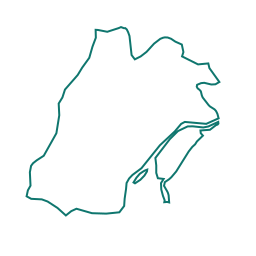 the border of Lisboa, rotated 11°
{"feature_id": "PRT-746", "entity_name": "Lisboa", "entity_type": "District", "adm_level": 1, "iso_a3": "PRT", "parent_name": "Portugal", "parent_adm1": "", "projection": "robinson", "projection_center": [-9.064, 38.994], "detail": "fine", "context": "isolated", "style": "outline", "palette": "teal", "viewbox_px": 256, "rotation_deg": 11, "n_neighbors": 0, "source": "natural_earth", "source_scale": "10m", "svg_char_len": 1744}
<svg xmlns="http://www.w3.org/2000/svg" viewBox="0 0 256 256"><g transform="rotate(11 128 128)"><path d="M215.1,101.2L204.0,109.0L182.6,111.2L179.4,113.8L174.6,122.4L162.6,138.9L148.9,164.9L141.3,173.3L138.7,177.4L137.1,182.3L137.7,188.1L138.2,198.1L139.1,205.3L135.6,212.4L123.0,216.2L108.9,218.5L92.8,217.1L88.2,220.4L83.7,225.7L74.0,219.9L63.1,215.5L57.0,214.5L46.5,216.0L41.5,214.4L41.6,208.3L43.3,203.2L40.1,190.1L40.1,183.6L41.5,180.7L44.5,177.2L50.6,171.3L58.7,146.8L58.1,128.6L55.3,117.2L57.8,110.5L58.8,102.3L68.5,85.6L71.5,77.5L76.6,66.5L77.6,55.0L79.2,45.5L77.5,37.8L79.8,37.5L89.3,37.5L99.8,31.7L101.8,30.3L105.0,30.8L106.3,30.5L108.0,31.5L109.9,34.0L111.9,37.4L117.6,55.7L121.6,59.3L126.8,55.3L131.7,49.7L137.5,40.2L142.7,34.3L145.2,32.7L146.9,32.0L149.7,31.6L153.3,32.2L158.0,34.2L164.9,35.8L167.9,42.9L167.4,47.4L184.6,52.2L194.5,49.3L196.5,53.7L208.9,65.4L205.5,68.4L201.5,69.4L194.2,69.1L191.2,70.0L187.6,72.4L187.6,74.3L188.8,75.8L190.8,76.8L192.5,78.1L194.3,82.0L195.5,83.8L202.7,90.1L204.3,91.2L209.4,93.2L211.0,94.4L212.0,95.6L213.1,97.1L215.1,101.2ZM177.8,193.9L177.8,192.0L175.3,188.0L172.4,182.0L170.9,175.8L172.7,171.2L166.9,171.6L164.3,166.7L162.9,159.4L160.6,152.2L171.2,130.9L177.6,121.5L186.2,115.1L191.2,114.0L201.8,113.1L206.5,111.2L215.4,104.8L215.9,106.4L215.3,107.5L213.8,108.4L208.8,114.1L199.6,116.6L200.4,119.2L203.0,121.2L198.2,128.1L197.0,131.2L194.7,134.3L192.1,139.4L183.6,161.5L179.9,168.1L178.1,170.5L174.5,174.1L174.4,177.9L178.8,183.0L179.7,184.3L180.7,186.3L182.6,193.2L180.5,193.1L177.8,193.9ZM153.3,166.1L154.8,165.2L154.9,167.1L153.2,171.6L150.0,176.5L145.4,181.0L143.8,180.4L145.8,175.1L148.3,170.7L151.1,167.9L152.6,166.6L153.3,166.1Z" fill="none" stroke="#0f766e" stroke-width="2"/></g></svg>